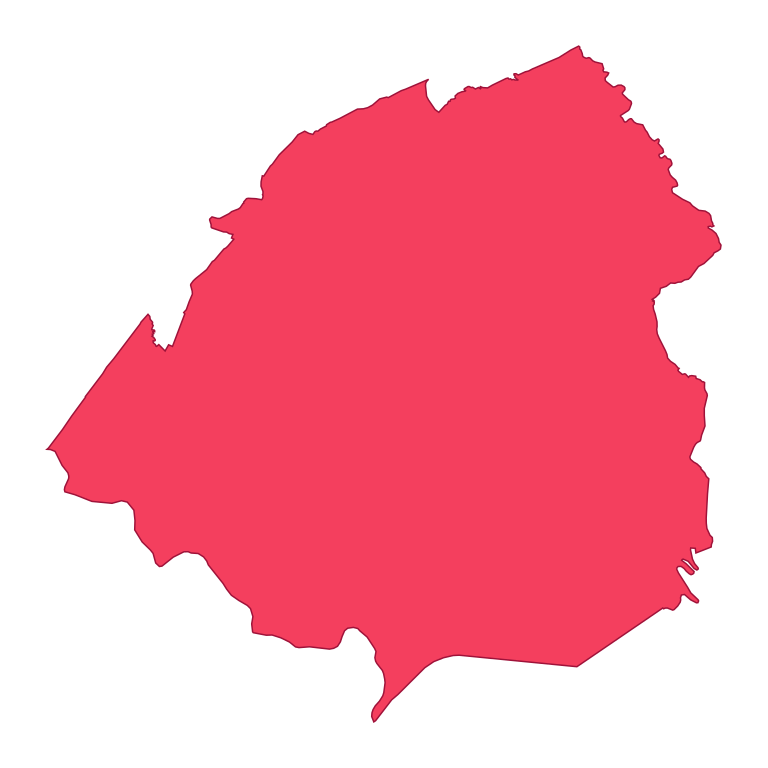 Aninoasa, Dâmbovita, Romania (Natural Earth projection)
{"feature_id": "2599482B19790994841582", "entity_name": "Aninoasa", "entity_type": "district", "adm_level": 2, "iso_a3": "ROU", "parent_name": "Romania", "parent_adm1": "Dâmbovita", "projection": "natural_earth1", "projection_center": [25.449, 44.974], "detail": "fine", "context": "isolated", "style": "filled", "palette": "rose", "viewbox_px": 768, "rotation_deg": 0, "n_neighbors": 0, "source": "geoboundaries", "source_scale": "gbopen_adm2", "svg_char_len": 6027}
<svg xmlns="http://www.w3.org/2000/svg" viewBox="0 0 768 768"><path d="M576.9,666.7L662.8,608.0L663.7,608.8L665.2,608.1L667.3,608.0L672.7,610.1L674.1,609.6L677.7,606.0L680.2,602.2L680.7,600.0L680.5,597.7L681.4,595.0L684.5,594.5L690.6,599.8L696.4,602.8L697.9,602.7L698.6,600.9L698.1,599.8L690.8,592.9L687.6,587.3L678.4,572.9L676.7,569.2L677.0,567.7L678.1,566.5L681.1,566.4L684.1,568.5L686.3,571.2L689.3,573.8L691.0,574.7L692.7,574.1L693.7,573.3L694.1,571.6L686.2,563.8L681.6,560.3L682.3,559.4L683.2,559.1L688.2,561.3L694.1,568.5L696.8,570.0L697.6,569.6L698.3,568.9L698.0,567.7L694.6,563.6L692.5,559.2L690.5,549.9L690.7,548.0L695.3,548.3L695.9,553.0L711.2,547.0L711.4,544.6L712.6,541.2L712.3,537.5L710.0,535.3L706.9,528.5L706.3,523.3L706.2,518.2L707.5,493.9L708.8,478.8L706.3,476.4L704.7,472.9L701.0,468.9L700.9,467.6L697.1,464.0L693.6,462.0L690.5,459.3L689.8,457.0L693.8,447.1L695.5,444.2L697.2,442.5L700.1,441.0L700.6,440.0L701.6,435.1L705.0,426.0L704.3,415.6L704.3,408.3L707.3,395.6L707.0,393.7L704.9,389.9L704.5,387.9L704.6,382.5L703.4,381.8L702.3,381.8L700.0,379.7L696.2,378.5L695.7,376.2L691.7,375.6L689.5,376.0L688.5,377.3L685.7,374.2L684.8,373.8L682.3,374.4L678.6,371.4L677.9,370.2L679.1,368.4L678.2,368.1L675.1,364.4L670.5,361.3L667.6,358.1L667.0,354.5L665.4,350.6L659.1,338.1L657.3,333.8L656.7,329.5L657.1,326.5L657.0,321.8L655.2,314.1L653.6,309.5L653.1,305.7L654.1,304.2L654.3,301.8L652.8,301.0L653.8,300.4L652.2,299.3L655.6,297.2L659.5,293.3L660.4,288.3L666.3,286.3L670.6,283.0L674.9,283.3L678.0,282.2L681.2,282.0L684.6,279.9L688.4,279.2L690.7,277.1L698.5,266.4L704.0,263.5L712.8,255.3L714.1,252.8L718.0,250.8L720.4,249.0L721.0,245.1L719.2,242.4L718.5,238.5L716.0,233.5L712.1,230.1L708.3,228.0L708.2,226.6L710.4,226.2L711.9,226.9L713.9,225.9L712.7,224.6L712.8,223.4L711.5,220.8L710.6,215.6L709.0,213.4L705.2,211.1L698.8,210.3L692.4,205.8L689.9,202.8L682.6,199.3L672.5,192.7L671.7,189.4L672.5,187.3L677.1,186.1L677.6,185.2L677.1,182.9L675.6,180.1L672.3,177.3L670.2,174.9L668.2,169.5L668.8,167.9L671.7,164.9L671.9,163.3L670.9,160.4L669.9,159.2L668.1,158.9L666.6,157.8L665.8,156.4L664.7,155.8L662.3,157.7L661.2,158.0L660.1,157.7L658.9,155.4L659.3,154.3L662.2,153.2L663.5,152.1L662.9,149.0L658.2,143.4L659.0,141.4L659.1,139.9L658.2,139.0L657.6,139.1L654.5,141.0L652.2,139.8L649.4,136.7L647.1,132.1L645.5,130.2L642.7,124.8L636.6,123.6L634.1,122.1L631.5,118.8L630.3,118.7L628.7,119.6L626.5,121.7L625.0,122.1L624.3,121.7L622.4,118.1L620.8,116.7L620.4,115.9L620.7,115.4L628.3,110.5L629.4,109.2L631.5,103.6L631.3,102.1L630.7,101.1L628.4,99.7L622.6,94.2L622.3,92.9L624.9,89.7L624.9,87.8L624.0,86.6L621.2,85.1L618.0,85.2L615.0,86.8L613.1,87.0L607.0,82.2L605.3,80.6L605.1,78.0L607.7,75.2L608.7,73.0L607.0,72.2L603.7,71.8L602.9,70.2L603.7,68.9L602.1,63.7L595.1,62.0L592.7,60.8L590.1,58.1L588.9,57.6L586.1,58.3L583.4,57.0L582.7,56.1L582.2,53.4L580.8,49.8L579.7,49.0L579.8,47.1L578.7,46.1L570.9,50.0L559.0,57.5L532.5,68.9L528.6,71.0L525.3,71.8L518.3,75.0L516.0,73.7L514.1,73.8L513.9,74.9L515.0,75.9L514.9,77.4L517.9,79.9L517.6,80.1L514.9,80.0L513.7,79.4L511.8,79.8L510.6,78.8L509.1,79.2L508.0,78.0L506.0,78.5L492.4,85.1L487.6,87.9L482.9,87.6L480.4,86.6L480.2,87.0L480.8,88.5L480.4,88.8L478.4,87.5L475.4,89.0L472.7,87.3L471.2,87.5L469.1,86.5L467.9,86.6L464.4,88.7L464.1,89.4L465.6,90.8L465.3,91.1L461.8,91.8L457.9,93.4L455.1,96.0L455.4,98.2L454.1,98.9L451.2,99.3L450.5,99.8L450.1,101.3L448.6,101.3L447.2,104.3L445.2,105.3L438.8,112.3L435.1,109.6L428.4,99.8L426.6,96.3L425.5,85.8L425.7,83.3L426.6,81.5L428.6,79.3L405.5,89.2L401.2,90.7L388.3,97.6L386.7,97.1L379.7,98.9L372.5,105.1L367.6,107.7L363.3,108.8L357.4,109.1L340.0,118.3L331.6,122.1L330.3,122.3L326.6,124.7L326.3,126.0L320.5,129.0L317.8,131.2L316.2,131.0L314.9,131.6L312.9,134.4L308.9,133.4L304.7,131.2L298.0,134.7L292.2,142.0L279.3,154.7L272.4,164.2L270.4,166.0L263.8,176.1L262.3,175.8L261.1,181.8L261.0,186.2L263.0,191.6L262.9,194.3L262.5,194.7L263.1,195.9L262.6,198.4L261.7,199.7L255.9,198.7L248.1,198.3L246.5,198.7L243.7,202.0L243.7,203.3L243.0,203.5L240.3,207.6L238.4,209.0L231.7,211.6L229.0,213.7L219.9,218.4L217.4,218.4L212.0,216.9L209.8,219.0L209.6,219.9L211.1,224.6L211.1,227.0L211.8,227.9L223.5,231.9L226.7,232.1L229.1,233.6L232.9,234.4L231.5,238.0L233.8,239.2L227.7,246.3L225.7,248.1L223.9,249.0L214.4,260.3L212.3,261.6L206.7,269.6L195.6,278.6L193.3,280.8L190.8,284.2L190.6,285.1L192.2,291.1L192.4,294.1L189.2,301.6L186.3,309.7L183.7,312.5L184.8,313.9L172.5,346.4L168.6,344.8L165.1,351.0L158.8,344.6L156.6,346.4L156.0,346.2L155.4,344.6L153.4,342.9L153.1,341.9L153.2,340.8L154.7,340.9L155.2,340.4L155.2,339.6L153.6,337.3L152.0,336.2L153.0,335.2L152.3,334.2L153.8,333.6L153.5,332.3L152.7,332.1L152.7,331.7L153.5,331.3L154.7,331.6L154.7,330.8L154.3,330.1L151.8,329.7L151.7,329.1L153.2,325.5L152.1,323.9L152.6,323.0L152.5,322.1L150.2,319.3L149.8,316.4L148.0,314.3L141.1,322.0L140.0,324.1L113.6,358.9L106.7,367.1L102.7,373.7L85.3,396.6L85.5,397.2L71.5,416.3L62.5,429.5L48.5,448.0L47.0,449.3L50.4,449.5L55.1,451.4L62.1,465.4L67.9,472.8L68.7,475.7L68.8,477.3L68.5,478.9L64.9,486.9L64.4,489.7L64.9,491.8L74.9,494.7L91.9,501.4L112.0,503.3L121.5,500.7L127.3,502.1L133.9,510.2L135.0,520.6L134.7,529.9L142.2,542.0L150.3,549.9L153.1,553.4L155.7,563.0L159.4,566.5L162.0,566.1L173.3,557.1L183.9,551.8L188.2,551.7L191.1,553.0L198.2,553.5L203.6,556.9L206.8,561.1L208.3,564.9L223.1,583.5L226.6,589.1L231.4,595.3L238.9,600.5L247.3,605.4L250.5,608.6L252.9,616.6L251.7,623.9L252.6,631.8L253.3,632.7L266.3,635.2L272.1,635.0L280.8,637.8L289.4,642.0L295.5,646.9L299.0,647.6L309.5,646.8L329.5,649.1L333.7,648.3L337.5,646.3L340.4,641.8L342.1,636.5L344.6,630.7L347.7,628.2L353.4,627.4L357.8,628.5L359.9,630.9L367.1,637.0L374.6,648.4L376.0,651.5L374.9,657.7L375.6,661.1L376.9,663.5L382.4,670.5L383.6,673.6L384.7,679.1L385.1,682.7L383.8,692.6L382.8,695.8L379.5,701.1L375.3,705.8L373.1,709.5L372.0,712.8L371.7,716.5L373.8,721.9L375.6,720.7L391.7,699.8L397.8,694.6L424.8,667.7L433.8,661.6L443.6,657.7L453.2,655.5L459.1,655.2L576.9,666.7Z" fill="#f43f5e" stroke="#9f1239" stroke-width="1.5"/></svg>